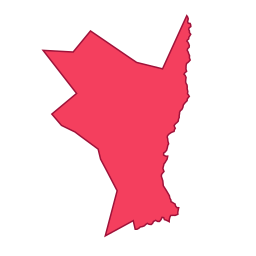 the district of Aroazes, Piauí, Brazil, rotated 263°
{"feature_id": "56859067B8295879910763", "entity_name": "Aroazes", "entity_type": "district", "adm_level": 2, "iso_a3": "BRA", "parent_name": "Brazil", "parent_adm1": "Piauí", "projection": "albers", "projection_center": [-41.863, -6.125], "detail": "fine", "context": "isolated", "style": "filled", "palette": "rose", "viewbox_px": 256, "rotation_deg": 263, "n_neighbors": 0, "source": "geoboundaries", "source_scale": "gbopen_adm2", "svg_char_len": 2084}
<svg xmlns="http://www.w3.org/2000/svg" viewBox="0 0 256 256"><g transform="rotate(263 128 128)"><path d="M228.9,102.6L210.1,82.8L215.4,53.2L171.9,79.2L168.6,81.2L151.1,54.1L138.7,62.3L130.6,74.8L126.0,79.6L110.7,95.8L100.4,97.0L87.6,101.9L69.4,108.7L67.1,109.6L23.7,92.3L35.4,121.9L26.6,122.8L26.4,124.5L27.1,126.4L28.3,128.1L28.4,130.2L28.9,132.3L30.2,134.0L31.0,135.5L29.9,137.1L29.4,139.2L30.3,140.7L32.1,141.9L33.0,144.2L31.7,145.9L31.4,147.8L32.6,149.2L34.0,150.2L35.2,150.9L34.7,152.5L32.6,153.0L32.0,154.4L31.0,156.0L30.0,157.5L31.7,157.7L33.4,158.3L34.8,158.9L36.0,159.8L35.8,162.3L35.5,164.1L35.8,165.4L36.3,167.0L38.1,167.1L40.4,167.8L42.7,168.6L42.9,167.0L44.4,165.8L46.9,165.4L47.7,164.2L48.8,163.0L49.6,161.7L51.3,161.8L53.2,161.0L55.8,160.8L61.6,158.3L63.0,157.6L66.4,156.0L71.3,156.1L76.1,155.2L77.9,155.7L79.3,157.1L80.4,158.4L83.7,157.7L86.3,158.7L88.1,159.4L89.1,160.5L90.7,161.7L92.1,162.9L93.7,163.5L95.2,164.0L95.4,162.0L96.9,160.0L98.9,160.4L99.5,161.7L101.2,163.6L103.6,164.6L106.0,165.4L107.3,166.4L110.1,166.0L112.5,166.1L114.0,165.8L115.4,166.2L116.9,167.8L118.0,169.8L118.6,171.5L119.0,173.3L120.7,173.9L122.0,174.9L123.4,174.3L124.9,174.1L126.4,175.6L127.4,177.2L128.7,178.7L130.6,179.2L132.2,180.1L134.0,180.3L135.9,180.9L137.3,181.1L138.8,182.1L139.8,183.7L141.6,184.9L144.2,185.8L145.8,187.4L146.8,188.6L147.9,190.0L149.6,190.4L150.8,191.5L151.9,192.7L153.5,192.0L154.7,191.2L156.9,191.8L159.8,191.5L161.7,191.8L163.5,191.8L165.0,191.1L166.5,190.8L168.8,191.2L171.1,191.8L173.3,191.1L174.6,190.1L175.8,191.1L177.1,193.1L179.4,192.7L181.1,193.0L182.7,193.2L184.9,194.0L185.7,195.4L186.6,196.6L187.9,198.0L190.1,197.5L192.4,197.9L194.2,197.3L196.0,197.0L197.9,196.2L199.5,196.9L200.7,198.5L202.3,198.9L204.2,198.5L205.9,197.9L207.1,197.0L208.3,197.9L209.0,199.1L210.5,199.4L211.9,200.5L213.4,201.7L215.2,200.6L216.9,200.8L218.4,200.2L220.0,200.9L221.0,202.7L222.7,202.8L224.2,202.4L224.6,200.6L226.3,200.1L229.0,201.1L231.0,200.7L232.3,200.0L182.5,169.5L192.0,144.6L197.9,137.8L228.9,102.6Z" fill="#f43f5e" stroke="#9f1239" stroke-width="1.5"/></g></svg>